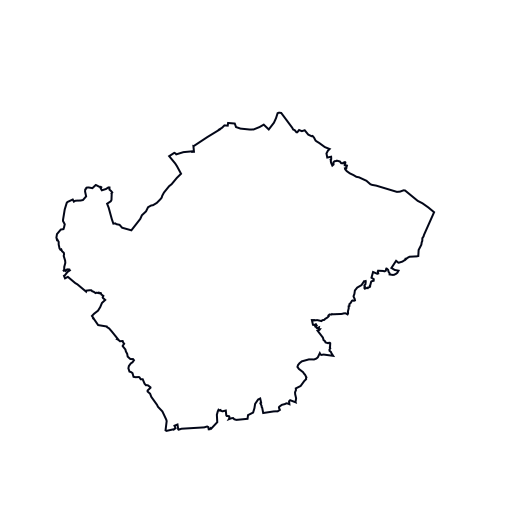 Tarímbaro, Michoacán, Mexico (Robinson projection), rotated 149°
{"feature_id": "50627088B67720423022002", "entity_name": "Tarímbaro", "entity_type": "district", "adm_level": 2, "iso_a3": "MEX", "parent_name": "Mexico", "parent_adm1": "Michoacán", "projection": "robinson", "projection_center": [-101.153, 19.816], "detail": "fine", "context": "isolated", "style": "outline", "palette": "ink", "viewbox_px": 512, "rotation_deg": 149, "n_neighbors": 0, "source": "geoboundaries", "source_scale": "gbopen_adm2", "svg_char_len": 6135}
<svg xmlns="http://www.w3.org/2000/svg" viewBox="0 0 512 512"><g transform="rotate(149 256 256)"><path d="M415.9,292.4L419.6,290.5L424.6,289.9L427.5,289.1L427.3,286.3L427.7,286.2L427.3,284.8L426.9,278.1L420.2,272.4L420.3,271.7L419.2,269.6L418.5,265.6L417.2,256.1L417.8,256.1L417.1,254.9L416.5,253.0L414.1,251.8L414.4,250.2L414.2,248.7L416.5,247.7L416.7,247.4L416.1,243.1L416.7,241.2L416.8,238.5L417.8,235.9L416.9,232.7L416.6,232.3L414.5,231.0L414.3,229.5L416.6,228.5L418.7,228.4L421.6,227.2L423.2,225.5L424.0,222.1L422.8,220.7L422.2,219.2L423.2,215.5L421.6,214.1L418.8,212.6L418.4,212.1L418.3,209.7L416.6,208.7L417.3,203.9L416.9,201.9L416.2,201.6L415.2,200.7L414.1,197.8L414.3,197.4L418.0,196.6L418.5,196.2L418.7,195.6L417.7,192.5L418.3,189.2L417.5,179.4L417.7,177.3L416.3,171.0L416.6,167.8L417.2,162.0L417.6,160.5L423.3,153.2L422.8,152.2L415.8,149.9L415.8,149.6L413.7,149.8L413.3,152.5L410.1,152.0L411.9,147.6L411.4,147.3L411.5,146.9L408.8,146.3L388.7,135.8L385.7,135.0L385.0,133.9L385.8,131.8L384.9,131.3L383.5,131.8L383.3,131.1L374.8,133.5L371.3,140.1L368.8,142.5L367.3,143.5L366.9,142.6L367.1,142.5L366.7,142.2L366.5,142.5L365.8,142.3L366.0,141.7L364.7,140.1L361.5,139.1L363.5,134.8L363.5,134.0L361.7,132.7L361.6,132.0L362.6,130.5L363.3,130.1L361.0,129.7L359.1,128.9L358.7,127.2L357.2,125.6L347.1,120.8L344.8,123.7L339.1,123.3L335.7,126.4L332.9,129.7L328.1,131.9L325.8,131.7L327.2,127.5L328.1,127.5L328.4,124.5L328.9,123.7L328.9,122.6L330.7,117.7L320.7,113.6L317.4,111.7L314.8,111.8L314.5,114.1L313.8,114.8L310.5,115.1L307.5,114.2L305.9,114.1L304.6,113.0L303.7,111.8L302.5,114.4L301.0,114.8L297.4,110.2L297.2,111.0L296.7,111.2L294.9,113.4L293.6,117.4L292.7,119.1L290.8,120.5L290.1,122.0L284.7,121.6L279.0,124.0L276.5,124.6L276.0,125.6L275.3,126.0L275.1,129.2L275.4,130.1L275.5,132.2L277.4,137.1L277.6,139.6L276.1,140.9L273.9,141.7L271.0,142.1L263.8,140.1L259.5,137.4L257.1,137.0L255.2,137.3L251.4,139.8L251.5,138.7L251.0,137.6L248.8,136.7L241.3,130.7L241.4,133.9L241.2,135.2L241.8,136.9L241.2,138.0L239.9,138.6L239.7,139.8L239.4,139.9L237.3,143.0L237.4,143.5L238.0,144.0L239.1,144.1L240.9,146.1L240.8,147.8L241.4,149.0L240.7,151.6L241.7,160.3L239.7,160.0L239.0,160.3L240.1,160.9L238.8,162.4L240.9,162.7L241.1,163.8L240.9,164.5L241.5,164.9L241.4,165.7L239.8,165.3L239.8,166.7L241.7,166.9L242.6,167.7L241.1,172.3L239.4,171.3L239.7,171.0L236.5,169.5L233.4,166.5L232.2,166.8L230.4,166.1L229.1,166.5L226.5,166.5L224.7,166.9L224.6,167.7L223.1,168.0L221.6,167.0L220.8,167.1L220.6,166.7L212.4,162.2L210.0,161.5L208.6,160.6L207.6,158.8L206.7,159.3L205.7,161.2L203.4,163.5L202.5,165.2L201.6,165.1L200.8,166.6L199.1,167.0L196.8,168.2L196.0,168.1L195.4,167.4L194.5,167.0L194.0,167.0L193.5,168.5L193.4,170.1L193.1,171.3L191.2,172.8L189.0,175.5L185.5,176.8L180.6,176.7L176.3,178.7L176.0,178.4L174.9,178.1L175.2,177.4L176.8,175.4L178.2,175.0L178.4,173.8L178.9,173.7L179.6,172.6L179.5,171.9L178.4,171.9L176.9,171.0L176.7,171.4L174.5,170.8L173.8,171.2L173.6,172.0L173.1,172.1L170.6,174.6L170.0,174.8L167.9,174.2L167.0,175.5L168.2,177.9L163.9,182.0L161.2,178.3L160.2,178.1L159.6,180.0L158.9,180.5L154.9,177.8L153.6,176.6L152.2,176.6L151.2,177.8L150.7,178.1L150.4,177.8L149.9,176.0L150.5,174.3L150.4,172.3L151.0,171.4L148.6,169.4L147.5,168.8L145.2,168.6L143.5,168.8L141.4,170.0L144.3,172.6L146.1,176.0L138.4,179.7L137.4,176.9L137.0,176.7L133.4,175.8L130.4,175.9L129.8,176.3L129.8,175.9L127.2,176.4L124.8,176.3L118.4,172.9L116.9,172.4L113.5,177.4L108.5,180.5L106.9,182.4L105.7,183.3L104.2,185.6L102.4,186.4L101.1,187.6L80.8,201.8L83.3,208.9L86.2,215.5L89.0,220.0L94.5,235.4L95.7,236.3L99.4,237.0L102.2,238.4L116.7,254.4L119.9,257.2L121.0,258.6L122.6,263.6L127.2,270.4L129.2,272.2L130.8,275.2L133.0,278.5L134.5,282.0L134.9,284.4L134.6,285.3L133.4,284.7L132.8,285.4L132.8,285.8L131.5,286.5L131.5,286.8L133.2,288.1L132.6,289.0L131.4,289.8L131.2,290.3L131.4,290.7L133.0,291.0L133.8,290.7L135.2,291.7L135.4,293.8L137.6,296.1L138.3,296.1L139.9,296.8L141.4,296.4L142.4,294.5L144.0,294.2L143.6,297.3L142.9,299.1L142.2,299.7L142.3,300.1L141.8,300.2L141.2,301.0L140.5,302.4L144.2,303.7L142.8,307.6L140.2,309.2L137.8,309.8L140.9,313.9L143.6,320.3L145.1,323.2L145.5,324.3L145.3,327.6L145.7,329.8L146.6,330.0L148.7,333.1L149.5,338.7L152.4,339.4L154.2,341.8L156.9,340.8L157.6,341.2L158.0,343.9L159.0,345.3L158.9,347.3L160.7,365.6L162.4,367.0L163.9,367.3L167.9,363.8L172.0,361.0L179.9,357.9L181.7,364.6L186.5,364.7L192.9,365.7L196.2,367.6L203.7,373.2L206.7,376.8L206.0,380.5L211.4,384.4L213.1,382.3L215.8,384.2L219.1,383.4L222.2,383.4L222.1,383.1L236.4,383.0L252.8,382.3L253.0,382.5L255.5,377.3L257.2,378.2L257.0,378.7L264.7,382.4L272.0,384.2L272.2,385.4L272.9,386.5L279.0,386.3L277.6,376.9L277.5,373.6L277.9,365.1L283.7,363.7L291.4,361.0L294.5,360.6L302.2,357.8L305.4,355.9L306.8,354.6L308.7,353.9L313.7,352.6L318.1,352.6L319.9,353.3L323.4,353.4L327.3,350.9L332.8,349.7L336.1,347.4L349.6,342.2L356.2,349.2L356.9,353.0L359.3,355.2L359.8,356.4L361.6,357.2L360.6,361.9L357.4,373.3L356.7,377.5L352.3,377.7L351.0,378.5L347.8,383.4L347.7,384.0L346.5,384.5L346.7,386.2L347.4,388.4L346.3,390.2L347.2,390.8L350.1,390.7L354.3,391.7L354.3,394.0L353.2,394.6L353.5,395.3L354.5,395.8L356.6,399.2L356.8,399.4L361.3,398.4L364.1,400.9L365.8,401.8L366.4,401.8L366.9,401.2L368.1,401.0L369.3,399.3L370.9,394.6L375.5,393.1L377.8,393.9L381.9,396.2L383.0,396.5L384.1,396.4L384.0,398.8L389.8,399.4L390.9,399.0L396.0,394.4L402.7,386.5L403.4,385.4L403.6,381.7L405.8,379.4L407.2,378.2L409.7,379.2L415.3,377.3L417.6,374.6L418.3,372.3L417.8,372.3L417.9,369.7L419.2,367.5L420.5,363.7L420.4,362.1L419.5,362.0L419.8,360.0L419.1,357.8L419.6,356.4L420.8,355.1L422.0,350.3L423.0,348.3L426.0,345.4L427.4,343.1L429.1,342.3L427.0,342.3L427.0,341.4L424.7,341.8L424.3,341.3L423.2,340.9L423.0,340.6L423.2,340.4L423.0,339.6L425.8,339.4L429.4,338.0L430.8,337.9L431.2,335.2L428.0,335.0L424.9,325.9L423.7,323.7L420.0,313.0L419.3,313.7L416.6,312.5L414.8,311.4L414.6,310.2L413.6,309.0L412.6,306.8L411.4,306.6L410.4,305.6L409.6,305.6L409.5,304.7L408.4,304.4L408.1,304.1L408.4,302.7L407.4,300.4L408.7,299.6L408.8,298.9L407.9,296.0L412.2,295.1L415.9,292.4Z" fill="none" stroke="#020617" stroke-width="2"/></g></svg>